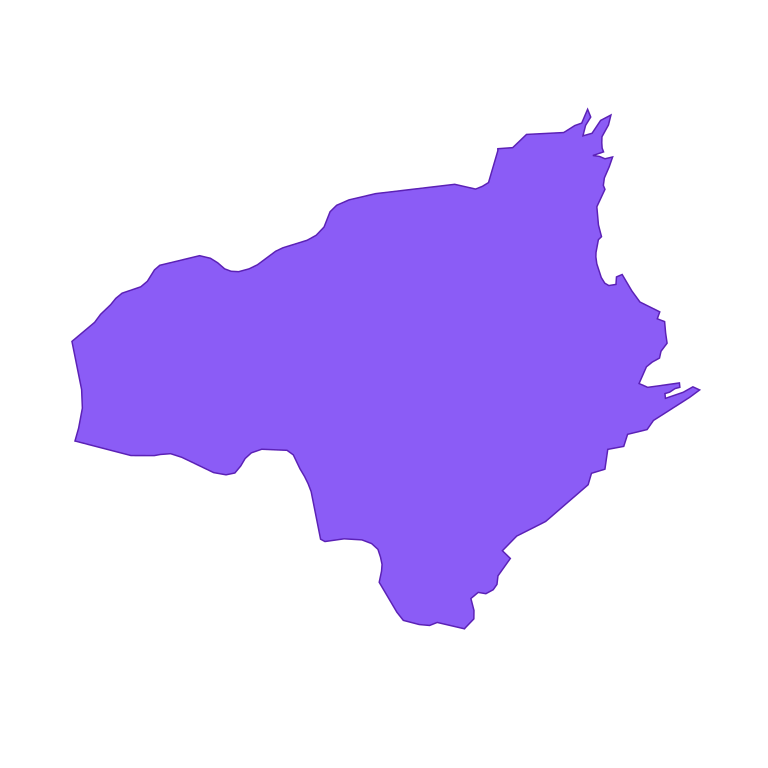 the border of Tokushima, rotated 354°
{"feature_id": "JPN-1836", "entity_name": "Tokushima", "entity_type": "Prefecture", "adm_level": 1, "iso_a3": "JPN", "parent_name": "Japan", "parent_adm1": "", "projection": "natural_earth1", "projection_center": [134.325, 33.891], "detail": "fine", "context": "isolated", "style": "filled", "palette": "violet", "viewbox_px": 768, "rotation_deg": 354, "n_neighbors": 0, "source": "natural_earth", "source_scale": "10m", "svg_char_len": 2026}
<svg xmlns="http://www.w3.org/2000/svg" viewBox="0 0 768 768"><g transform="rotate(354 384 384)"><path d="M521.8,161.9L536.7,162.4L551.8,150.7L589.0,152.7L600.8,146.9L607.9,145.2L615.2,132.1L617.5,140.1L611.5,147.9L607.8,158.0L617.1,156.4L627.0,144.5L637.8,140.2L634.3,149.9L626.6,160.9L625.8,166.9L625.6,172.2L626.6,176.1L615.6,178.6L622.1,180.2L627.3,183.1L635.1,182.1L630.7,191.5L624.7,202.1L622.9,209.4L624.1,213.5L614.2,230.0L613.9,248.2L615.7,260.2L612.3,262.9L608.6,275.3L608.0,279.7L608.2,286.7L611.2,300.8L614.1,306.8L617.9,309.6L625.1,309.2L626.4,301.8L632.3,300.0L640.2,317.3L647.1,329.2L665.8,341.1L662.6,347.7L669.6,351.3L669.4,362.7L669.8,373.0L662.9,380.4L660.7,387.0L653.1,390.2L646.8,394.3L637.7,410.2L645.9,414.9L677.9,413.8L677.9,418.2L672.9,419.0L667.2,422.0L662.4,422.9L662.4,427.7L680.7,423.5L690.9,419.1L697.3,422.9L686.6,429.2L669.4,437.8L648.2,448.4L640.9,456.8L621.0,459.5L615.9,471.1L599.7,472.4L594.8,491.8L581.0,494.5L576.5,505.5L530.4,537.6L500.1,549.1L484.3,562.2L491.4,570.7L477.3,586.7L475.4,595.1L471.1,600.0L463.4,603.2L455.9,601.1L448.0,606.4L449.8,618.6L448.8,627.0L439.1,635.2L438.5,635.9L412.0,626.7L404.1,628.9L393.9,626.9L378.5,621.1L373.0,612.4L358.5,580.7L362.0,569.8L363.2,563.2L362.4,555.7L360.7,547.8L355.0,541.4L345.7,536.7L328.1,533.8L308.8,534.5L304.7,531.7L300.3,483.4L298.1,475.2L295.3,467.6L291.6,459.6L286.4,445.0L280.6,439.8L255.6,436.1L244.9,438.6L238.1,443.6L232.9,450.6L226.4,456.9L217.4,457.8L205.3,454.3L175.3,435.8L164.5,431.0L154.2,430.7L148.0,431.2L124.9,428.7L70.7,408.4L75.7,395.9L81.5,376.5L82.7,358.0L78.1,309.0L102.7,292.4L109.4,285.1L120.4,276.6L126.2,270.8L133.0,266.3L152.3,261.9L159.4,257.1L167.7,246.5L173.4,242.5L214.0,237.1L224.5,240.8L231.4,246.2L237.5,252.8L243.7,255.9L251.2,257.1L261.7,255.4L270.6,252.2L290.2,240.6L297.9,237.9L322.6,233.0L332.1,229.0L340.8,221.6L348.4,207.0L355.6,201.3L368.5,197.2L395.5,193.8L475.2,192.8L495.4,199.7L502.5,197.7L509.0,194.6L521.6,163.9L521.8,161.9Z" fill="#8b5cf6" stroke="#5b21b6" stroke-width="1.5"/></g></svg>